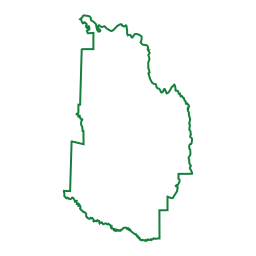 Pedro Vicente Maldonado, Pichincha, Ecuador (Equal Earth projection)
{"feature_id": "8360857B92001887030544", "entity_name": "Pedro Vicente Maldonado", "entity_type": "district", "adm_level": 2, "iso_a3": "ECU", "parent_name": "Ecuador", "parent_adm1": "Pichincha", "projection": "equal_earth", "projection_center": [-79.051, 0.161], "detail": "fine", "context": "isolated", "style": "outline", "palette": "green", "viewbox_px": 256, "rotation_deg": 0, "n_neighbors": 0, "source": "geoboundaries", "source_scale": "gbopen_adm2", "svg_char_len": 5762}
<svg xmlns="http://www.w3.org/2000/svg" viewBox="0 0 256 256"><path d="M148.3,50.0L147.9,49.9L147.7,48.8L148.1,48.4L148.2,47.7L147.7,46.5L146.9,45.4L146.1,45.1L143.2,44.8L142.1,44.2L140.6,42.4L141.4,40.4L141.7,38.3L141.6,36.8L141.4,36.3L140.9,35.9L140.1,35.3L137.6,34.2L136.5,34.0L135.0,34.1L134.6,34.3L132.5,37.3L132.1,37.6L131.2,36.8L130.9,35.7L130.6,35.2L130.2,35.0L128.5,34.9L127.8,35.3L127.3,34.2L127.1,33.4L127.1,30.4L126.5,26.2L126.2,25.5L125.9,25.3L124.5,26.5L124.2,26.5L122.1,25.6L121.9,25.4L122.0,25.0L121.8,24.7L121.3,24.2L119.5,24.6L117.0,26.2L113.6,29.9L111.7,31.0L110.4,30.7L108.2,29.4L106.2,28.1L104.6,26.3L101.5,27.0L100.5,26.4L99.4,25.3L98.9,25.3L98.3,25.6L98.2,26.0L98.0,26.6L98.1,27.1L98.8,28.8L100.3,30.3L100.3,30.8L100.0,31.2L99.5,31.6L98.9,31.7L98.1,31.2L97.4,30.3L97.0,29.5L95.9,24.1L93.4,21.6L92.1,21.1L91.2,20.3L91.0,20.0L90.8,19.0L90.7,18.0L90.1,16.9L89.5,16.4L87.8,15.9L86.3,15.8L84.6,15.4L83.6,15.4L83.2,15.7L82.9,16.1L82.7,16.8L82.1,17.5L80.1,19.2L81.2,19.7L81.8,21.7L82.2,22.5L82.8,23.3L83.8,23.1L83.9,22.5L84.5,22.3L85.4,22.8L86.0,23.6L86.5,23.9L86.7,24.6L86.5,25.3L86.1,25.9L86.0,26.3L86.2,27.1L86.8,27.9L87.4,28.3L87.8,28.3L87.9,27.3L88.4,26.2L88.8,26.2L89.3,27.4L89.3,29.5L87.0,30.7L86.8,30.9L87.9,33.3L93.4,32.9L93.4,49.1L82.4,49.1L81.7,49.6L80.1,104.7L78.4,104.7L78.4,112.7L77.9,113.4L76.8,113.7L76.7,114.4L77.7,114.5L78.4,115.0L78.5,115.4L78.2,116.0L78.4,116.5L79.3,115.8L79.7,115.8L79.9,117.4L80.4,118.5L80.8,118.8L81.6,118.7L82.3,119.8L81.5,120.7L81.1,122.5L81.1,124.4L81.3,125.2L82.1,126.4L82.3,127.3L82.6,131.0L83.4,131.0L83.6,144.2L71.8,141.4L71.6,141.5L70.1,191.1L63.9,190.9L63.9,191.8L64.2,192.6L64.4,194.2L64.3,195.2L64.3,196.0L66.2,198.2L66.6,198.3L67.5,197.6L67.9,197.9L68.4,198.7L69.1,198.6L70.0,199.1L71.3,198.7L72.3,197.6L72.6,197.6L73.3,198.1L74.6,200.4L75.1,201.8L75.7,201.6L76.4,200.8L76.7,200.8L76.5,202.0L76.8,202.7L76.8,204.0L77.0,204.1L77.7,203.5L78.2,203.5L78.5,204.3L78.4,205.8L78.7,205.8L79.2,204.6L79.3,204.5L79.6,204.8L79.8,205.6L80.5,206.9L80.4,207.7L80.0,208.4L80.1,208.8L80.7,209.2L81.1,210.0L81.9,210.5L82.5,211.3L83.0,211.5L83.5,212.1L84.0,211.9L84.2,212.0L85.1,212.6L86.2,213.8L86.1,216.0L86.2,216.4L87.0,217.1L87.2,217.8L87.8,218.0L88.2,218.4L89.6,218.9L90.6,217.8L90.9,217.8L91.6,218.3L92.3,218.0L93.4,219.4L93.6,219.8L93.5,221.4L93.6,221.5L94.4,221.1L95.3,220.9L95.8,220.9L96.2,221.3L97.1,221.2L97.5,221.0L97.3,220.3L97.6,220.2L98.2,220.8L99.1,221.0L99.3,222.6L99.6,223.3L99.9,222.9L100.6,222.5L101.1,222.8L101.6,222.3L101.8,222.3L102.9,223.9L103.4,224.2L105.8,223.3L107.1,224.2L107.8,224.4L108.4,223.8L109.0,224.4L110.1,224.9L110.8,225.6L110.9,226.0L110.9,227.0L111.6,226.5L111.7,227.9L112.0,228.6L112.7,228.4L113.3,228.9L113.8,229.0L113.7,229.7L113.8,229.9L114.5,229.4L114.8,230.1L115.3,229.8L115.4,230.5L115.9,230.2L115.8,230.7L115.9,230.9L116.6,230.9L116.7,230.5L116.5,230.1L116.7,229.9L117.3,230.0L117.2,230.3L117.3,230.5L117.6,230.4L118.2,230.6L118.8,230.2L119.1,230.5L120.0,230.4L119.9,230.7L120.0,230.9L120.4,230.8L120.8,230.5L121.0,229.8L121.8,229.7L122.3,229.3L122.7,228.6L124.2,227.7L126.0,227.7L127.0,228.8L127.9,228.1L128.2,228.6L128.1,229.3L128.3,229.5L128.8,229.3L129.0,229.9L129.8,230.4L130.0,230.3L129.9,229.8L130.0,229.6L131.4,231.5L133.6,233.3L134.3,233.6L135.1,234.2L135.7,234.1L136.3,234.4L136.3,234.9L136.8,235.1L136.4,235.1L136.4,235.3L136.6,235.5L136.8,235.9L137.2,236.0L137.4,236.3L137.7,236.1L137.9,236.5L137.8,237.2L139.0,237.4L139.3,237.8L138.9,238.1L138.9,238.3L139.5,238.5L140.3,239.8L140.8,239.6L141.5,240.3L142.8,239.9L143.2,240.2L143.6,240.2L144.5,240.6L144.9,240.4L145.3,240.6L145.2,240.1L145.4,240.0L147.0,240.4L147.3,240.1L147.4,239.6L147.7,239.4L147.9,239.5L148.1,240.0L149.6,239.9L150.2,239.6L151.1,240.0L151.3,239.1L151.5,239.1L152.0,239.5L152.3,239.5L153.0,239.2L153.5,238.4L154.0,238.3L155.6,238.9L158.0,238.4L159.5,238.5L159.4,210.3L167.5,210.2L167.5,196.7L171.1,198.0L172.7,198.1L177.2,191.0L177.2,189.3L177.7,188.1L177.7,187.2L176.8,186.5L176.1,186.4L175.8,185.8L176.8,185.0L177.8,184.9L179.0,182.9L179.6,180.7L179.4,179.3L178.5,178.8L178.3,178.2L178.6,175.9L178.5,173.9L192.0,173.8L192.1,173.4L192.0,172.7L191.4,171.1L189.8,168.1L190.0,167.3L190.7,166.4L190.8,165.6L189.9,164.4L189.3,163.0L189.2,159.7L188.6,158.2L188.7,157.5L190.1,155.2L190.4,154.3L190.4,153.4L190.2,150.0L190.0,149.3L189.5,148.9L189.3,148.2L189.2,146.9L189.3,145.6L189.6,144.8L190.1,144.2L191.0,144.0L191.5,143.4L191.7,142.4L192.1,139.2L191.8,138.3L190.5,137.2L190.1,136.5L190.3,135.5L190.9,134.7L190.4,131.4L190.1,130.6L189.5,130.0L189.3,129.6L189.7,126.2L190.0,125.2L189.2,123.5L189.2,123.1L189.7,121.9L190.0,119.4L190.2,119.0L189.8,118.0L189.7,117.3L189.2,116.5L189.2,115.7L188.8,114.6L189.0,113.5L188.6,112.0L187.8,110.7L188.2,109.4L187.6,108.8L187.6,108.6L188.3,108.3L188.2,107.3L189.1,106.7L188.7,105.3L188.4,104.8L187.6,104.2L187.3,103.5L186.7,103.4L186.2,103.8L185.9,103.7L185.9,102.8L185.7,102.4L185.7,101.6L185.4,101.2L184.7,100.6L184.2,99.4L184.0,98.3L183.7,98.3L183.0,97.6L182.0,96.1L181.3,96.0L180.8,96.4L180.6,96.2L180.4,96.0L180.1,93.9L180.0,93.6L179.3,93.8L178.8,93.7L178.5,92.8L178.0,91.1L177.5,90.8L175.9,90.7L175.5,90.4L175.6,89.1L175.4,87.8L175.0,86.0L174.4,84.6L174.2,84.6L173.6,85.2L172.6,86.6L171.8,86.9L170.6,89.3L169.3,91.5L168.0,92.8L166.7,93.4L166.4,92.9L165.1,89.5L164.9,89.2L164.3,89.0L163.7,89.7L163.2,91.4L162.0,92.4L161.4,92.5L160.9,91.9L160.0,89.8L159.6,89.3L158.8,88.6L157.6,88.3L156.8,87.5L156.4,86.8L156.2,85.1L155.7,84.2L153.1,83.5L152.1,82.7L150.0,78.7L149.0,75.1L148.4,73.4L148.5,73.1L149.4,72.8L149.5,72.2L148.7,69.0L148.2,67.9L148.4,66.3L148.2,63.4L148.7,61.2L149.2,60.0L149.4,59.0L149.2,57.8L148.4,55.1L148.6,54.5L149.5,53.4L149.6,52.9L149.5,52.5L148.2,50.5L148.1,50.1L148.3,50.0Z" fill="none" stroke="#15803d" stroke-width="2"/></svg>